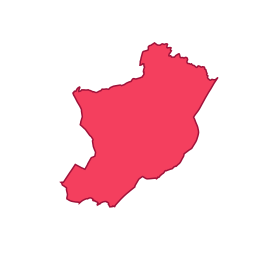 outline of Bac Binh, Bình Thuận, Vietnam, rotated 31°
{"feature_id": "81297802B84889732636102", "entity_name": "Bac Binh", "entity_type": "district", "adm_level": 2, "iso_a3": "VNM", "parent_name": "Vietnam", "parent_adm1": "Bình Thuận", "projection": "equal_earth", "projection_center": [108.379, 11.264], "detail": "fine", "context": "isolated", "style": "filled", "palette": "rose", "viewbox_px": 256, "rotation_deg": 31, "n_neighbors": 0, "source": "geoboundaries", "source_scale": "gbopen_adm2", "svg_char_len": 5768}
<svg xmlns="http://www.w3.org/2000/svg" viewBox="0 0 256 256"><g transform="rotate(31 128 128)"><path d="M178.9,38.4L178.7,39.6L178.5,40.2L178.1,41.3L177.8,41.7L177.6,41.9L176.4,42.6L175.0,43.0L174.7,43.3L174.2,44.5L173.6,44.8L171.5,44.5L171.0,44.3L170.3,43.9L169.9,43.4L169.8,43.1L169.7,42.2L168.4,42.0L168.0,41.8L167.8,41.4L167.8,40.7L167.6,40.4L166.9,40.1L164.6,37.9L164.1,37.8L163.9,37.9L163.3,37.9L162.7,37.0L162.3,36.6L161.9,36.5L161.6,36.6L160.3,37.1L159.6,38.0L159.4,38.2L158.3,38.1L157.5,38.2L156.4,38.5L156.2,38.6L156.1,38.9L155.9,40.4L155.8,40.6L155.5,40.8L154.8,40.8L152.6,40.4L152.2,40.4L151.5,40.8L150.8,40.8L150.3,40.7L149.4,40.3L148.8,41.0L148.6,41.2L147.6,41.2L146.4,41.7L145.9,41.9L145.2,41.7L144.6,41.2L144.2,40.6L144.1,40.2L144.0,39.0L143.9,38.7L143.2,38.0L142.5,37.5L141.7,37.5L141.0,37.8L140.7,38.0L140.3,38.8L139.9,39.2L139.6,39.3L138.8,39.3L138.0,39.8L137.1,40.5L136.8,40.5L136.5,40.5L136.1,40.3L134.7,38.9L134.3,38.5L133.9,38.2L133.5,38.1L133.2,38.4L132.8,39.0L131.7,41.2L131.3,43.3L131.1,43.6L130.5,43.8L128.9,44.8L128.3,44.6L127.5,44.1L127.3,44.1L126.7,44.7L126.0,45.1L125.9,45.1L125.6,44.8L125.3,43.8L125.2,43.3L125.4,41.9L125.4,39.5L124.6,39.5L124.3,39.3L124.0,38.7L123.6,37.1L123.4,37.1L122.7,37.3L120.8,38.8L120.5,39.0L120.1,39.0L119.8,38.9L119.7,38.7L119.2,37.6L119.0,37.1L118.8,35.9L118.6,35.8L118.1,35.8L117.5,36.1L116.7,36.8L116.0,37.8L115.6,37.9L114.8,37.9L114.1,38.2L113.8,38.5L113.5,39.0L113.2,39.8L112.8,40.5L112.6,40.7L112.4,40.7L111.2,41.4L110.7,41.6L110.3,41.7L106.9,41.4L106.1,43.1L105.6,44.0L105.2,45.1L104.2,46.1L103.7,47.1L103.6,47.5L103.6,48.0L104.8,49.9L104.9,50.2L105.0,50.7L104.7,51.2L104.4,51.7L101.8,54.4L101.6,55.0L101.6,55.7L103.0,60.7L103.9,63.2L104.2,64.6L104.9,65.8L105.9,68.0L106.6,67.5L106.7,67.3L107.2,66.6L107.3,66.0L107.4,65.5L107.9,65.5L108.4,64.9L108.6,64.9L108.9,65.5L109.1,65.7L109.8,66.7L110.7,67.1L110.9,67.4L111.0,68.5L111.2,69.1L111.5,70.2L112.1,71.7L112.3,71.9L112.6,71.7L112.9,71.8L113.1,72.7L113.5,72.9L113.9,73.4L114.0,74.7L113.8,76.1L114.0,76.7L112.4,78.9L109.6,81.9L108.7,82.3L107.7,82.6L107.4,82.8L107.0,83.2L106.8,83.6L106.7,84.2L106.6,86.5L105.2,88.0L104.5,89.0L103.6,90.3L102.4,92.8L100.9,94.7L100.6,95.0L99.6,95.1L99.2,95.2L95.8,98.1L93.9,99.8L93.5,100.4L92.0,102.5L91.6,104.4L91.3,104.9L91.1,105.0L89.4,105.6L87.8,106.9L86.9,107.5L85.8,108.0L85.7,108.9L85.4,110.1L84.6,110.9L83.0,113.6L82.3,114.0L81.7,114.3L79.8,114.6L79.2,115.1L78.1,115.1L76.5,115.3L75.3,115.7L74.7,115.7L74.3,115.7L73.2,116.6L71.7,117.5L71.1,117.8L70.5,118.0L70.0,118.5L68.8,119.0L68.7,119.1L68.5,120.2L68.3,120.7L67.1,122.0L66.6,121.5L66.4,120.9L65.9,118.4L65.7,117.9L65.4,117.8L65.2,118.0L64.6,119.1L64.4,119.7L64.2,120.8L64.2,121.7L64.4,123.2L64.3,123.4L63.4,123.8L63.2,124.0L63.0,124.6L63.2,125.4L63.2,125.8L62.8,126.4L64.5,127.8L66.2,128.7L71.2,131.8L75.5,134.1L78.3,135.9L78.9,136.6L79.5,137.6L80.2,138.4L82.5,141.2L83.1,142.0L84.4,147.1L84.5,147.4L84.8,147.8L84.9,148.2L85.1,148.6L85.1,149.1L85.4,149.8L85.6,149.9L87.2,150.1L91.2,151.0L92.1,151.1L98.5,153.8L99.4,154.1L101.1,154.4L102.0,154.9L102.7,155.2L103.2,155.4L104.1,156.1L104.2,156.5L104.1,157.0L104.2,157.4L107.9,161.8L110.0,163.5L112.1,165.0L112.8,165.7L114.0,168.9L114.1,169.1L114.0,169.3L113.3,170.5L112.2,171.8L111.9,172.4L111.8,172.7L112.0,179.4L112.2,180.6L112.3,184.4L112.3,185.6L110.2,185.8L108.2,186.1L106.9,186.1L105.4,186.2L101.6,186.4L101.3,193.7L101.1,196.2L101.0,198.8L100.6,207.7L100.5,207.9L99.5,208.3L98.5,209.1L99.1,209.2L99.9,209.6L100.8,210.5L101.2,210.7L102.4,210.7L105.8,210.9L106.1,211.0L106.3,211.3L106.9,212.4L107.4,213.0L110.1,215.8L110.5,216.4L111.0,217.6L111.5,219.2L112.1,220.2L114.9,220.2L116.0,220.1L117.1,219.9L118.6,219.4L121.4,218.3L122.7,217.6L124.6,216.8L125.0,217.5L125.6,215.5L126.1,214.2L126.7,213.0L127.2,212.2L128.4,210.5L129.3,209.7L129.8,209.6L130.8,208.0L131.5,207.4L131.8,207.2L133.0,206.9L133.7,206.9L133.9,207.0L134.5,207.0L134.8,207.2L134.8,207.4L134.8,207.6L135.2,207.7L135.3,208.2L135.7,208.2L136.1,207.7L136.3,207.6L136.4,207.8L137.0,207.6L137.4,207.7L137.6,207.5L138.4,207.6L139.9,207.4L140.4,207.5L140.8,207.7L141.0,207.9L141.0,208.5L141.1,208.8L140.9,209.2L141.0,209.3L141.0,209.2L141.1,209.4L141.3,209.4L141.3,209.6L141.5,209.7L142.0,209.0L142.3,208.3L142.7,207.8L142.7,207.6L143.0,207.5L143.1,206.8L143.5,205.8L144.5,204.4L144.9,203.9L145.7,203.2L146.4,202.7L146.9,202.4L147.5,202.2L147.8,202.4L148.3,202.2L149.6,202.3L149.9,202.4L150.4,202.9L150.5,203.1L150.4,203.4L150.8,203.7L151.7,204.0L152.8,204.9L153.0,205.0L153.4,204.8L153.6,204.5L154.2,204.1L154.3,204.1L154.6,203.8L154.8,203.5L154.9,203.4L154.9,203.2L155.2,203.3L155.3,203.3L155.4,203.2L155.4,202.9L155.5,202.7L155.9,202.6L156.0,202.4L156.4,202.3L156.5,202.1L157.0,202.3L157.1,202.2L157.1,201.9L156.9,201.6L157.0,200.3L157.5,197.6L158.5,192.6L159.6,188.3L160.6,185.0L162.1,180.7L164.2,175.0L163.8,174.1L163.7,173.7L163.6,166.8L163.7,166.0L164.7,163.6L165.3,162.3L165.6,162.0L169.0,162.1L170.5,161.8L173.4,159.8L177.4,156.8L178.0,156.7L178.5,156.9L178.9,156.2L178.8,155.0L178.9,154.8L179.3,154.8L179.6,154.7L179.8,154.4L180.1,153.4L180.1,151.9L180.6,151.1L180.9,149.9L181.6,148.5L181.7,147.8L181.8,146.9L181.8,146.6L181.7,146.3L182.0,145.3L182.1,145.2L182.7,145.1L182.8,145.0L183.5,144.0L185.6,141.4L186.7,140.3L186.9,140.0L187.5,137.6L187.6,137.3L188.3,136.6L188.4,136.2L189.0,136.0L189.1,135.7L189.8,133.1L190.3,131.9L190.5,129.9L190.3,126.7L190.2,123.5L189.4,121.2L191.6,115.7L193.1,112.7L193.1,112.4L193.2,104.9L193.1,103.9L193.0,103.0L192.8,102.1L192.0,98.8L191.4,96.9L190.8,95.5L189.8,94.1L187.4,91.5L186.5,90.7L182.8,88.0L180.3,86.0L178.8,85.1L178.6,84.8L178.7,82.1L179.2,77.5L179.3,74.6L178.8,62.6L178.7,56.0L178.8,52.1L178.7,45.1L179.0,39.5L179.0,38.7L178.9,38.4Z" fill="#f43f5e" stroke="#9f1239" stroke-width="1.5"/></g></svg>